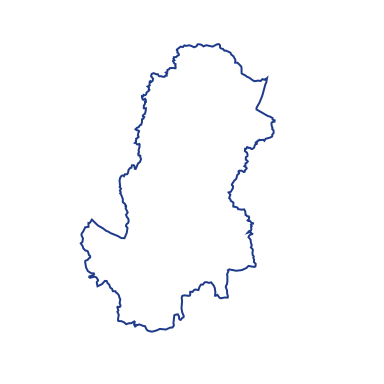 Iakora, Ihorombe, Madagascar, rotated 202°
{"feature_id": "10022922B30377745880071", "entity_name": "Iakora", "entity_type": "district", "adm_level": 2, "iso_a3": "MDG", "parent_name": "Madagascar", "parent_adm1": "Ihorombe", "projection": "orthographic", "projection_center": [46.657, -23.157], "detail": "fine", "context": "isolated", "style": "outline", "palette": "blue", "viewbox_px": 384, "rotation_deg": 202, "n_neighbors": 0, "source": "geoboundaries", "source_scale": "gbopen_adm2", "svg_char_len": 6063}
<svg xmlns="http://www.w3.org/2000/svg" viewBox="0 0 384 384"><g transform="rotate(202 192 192)"><path d="M111.9,144.6L106.0,145.9L105.3,146.9L106.0,149.2L108.4,150.3L109.2,152.7L110.5,153.9L110.6,155.4L112.2,156.4L113.2,158.3L113.8,161.0L114.9,162.0L116.6,162.6L116.6,165.0L118.3,166.9L119.9,169.8L122.7,171.3L122.7,172.7L121.6,175.1L120.7,175.1L120.4,175.7L123.2,176.7L125.1,175.1L124.5,177.0L123.0,178.2L123.0,179.8L124.2,181.8L123.8,182.6L125.1,183.7L124.7,184.8L123.6,185.5L123.7,185.9L125.1,185.6L127.5,186.9L128.9,186.2L129.8,186.5L129.1,188.1L129.5,189.9L130.2,190.6L131.9,190.2L133.1,190.9L133.7,190.8L135.4,194.0L137.1,195.4L139.4,194.2L142.8,193.4L143.9,194.5L144.6,194.6L148.3,194.0L149.5,197.4L150.1,197.9L152.7,198.3L153.7,199.6L155.3,200.3L155.4,203.8L157.9,205.3L156.1,206.7L155.5,210.8L156.2,212.9L157.4,213.2L157.9,214.0L157.1,218.3L155.9,220.9L156.4,224.7L155.3,226.9L155.6,227.6L156.5,228.1L156.6,228.8L155.8,229.7L153.8,230.3L151.4,229.9L150.8,230.5L151.0,231.9L150.1,234.3L150.8,235.1L153.1,235.6L152.5,236.7L153.1,238.7L152.2,239.5L151.7,241.2L152.5,241.8L154.2,242.1L155.1,244.4L154.1,246.0L154.3,247.1L155.8,249.1L158.2,249.7L159.0,252.0L157.8,252.5L157.8,254.1L157.4,254.4L156.0,254.1L154.7,254.7L153.0,254.1L152.0,254.7L151.0,256.6L151.3,258.3L151.1,260.0L150.0,260.7L150.2,261.5L151.3,261.7L150.9,263.0L150.1,263.5L150.0,264.5L149.2,264.9L149.0,265.7L147.9,265.8L145.5,267.1L144.1,266.6L143.7,268.9L140.2,271.5L138.6,273.3L138.5,274.0L139.1,275.3L138.4,277.3L139.5,279.7L141.2,280.4L141.3,281.4L142.9,283.2L143.9,285.1L144.1,286.2L143.7,287.0L141.9,288.1L142.2,289.4L143.7,289.2L144.7,289.8L144.9,290.7L147.5,291.1L150.3,290.9L163.1,292.7L163.7,294.2L162.9,300.4L162.9,307.5L164.3,319.3L164.2,321.3L165.1,325.7L165.5,324.8L166.3,324.3L166.6,323.3L169.0,323.0L169.9,320.7L172.5,320.0L175.4,318.2L177.5,318.3L181.5,319.4L184.4,319.5L186.8,320.2L189.6,320.3L190.5,320.7L192.7,325.9L193.5,326.9L198.2,328.9L200.5,328.1L201.3,330.8L204.5,333.4L207.2,334.2L208.6,335.6L213.5,335.8L214.9,335.2L216.8,336.2L219.3,336.0L220.2,336.7L221.1,338.6L222.5,339.2L224.1,338.3L227.4,334.5L233.6,333.5L236.0,331.3L237.0,331.8L239.2,332.0L241.5,331.4L242.2,330.8L242.4,328.8L244.3,327.0L247.7,327.2L249.7,326.9L252.3,325.2L254.0,325.1L254.7,323.0L257.0,322.5L259.4,318.4L259.2,317.8L258.3,317.3L257.8,315.8L256.5,315.5L255.6,314.5L255.5,313.9L256.5,312.9L257.2,311.2L259.3,310.2L259.0,309.4L259.2,308.7L257.7,307.6L258.7,306.7L258.6,306.2L256.4,304.5L255.1,304.4L254.8,302.7L254.0,302.0L253.7,300.5L256.7,299.7L259.0,298.5L259.2,297.3L260.5,296.0L259.9,294.2L261.0,293.0L259.4,292.4L259.7,291.4L259.1,290.4L260.4,289.8L260.6,288.5L262.1,287.9L264.2,287.8L265.4,287.1L266.5,287.3L267.8,288.4L269.5,287.7L271.5,287.9L272.5,287.5L273.6,286.3L273.4,284.1L270.6,282.5L270.1,280.6L271.1,278.6L272.1,279.2L272.6,278.6L271.7,275.7L271.1,275.0L272.7,273.2L271.0,272.6L270.5,270.9L269.8,270.8L269.7,270.4L271.4,267.1L271.1,265.4L271.6,264.4L272.2,263.9L273.3,263.9L273.3,262.4L274.3,262.2L273.9,261.1L272.3,259.3L271.5,259.3L270.4,260.8L269.2,259.9L268.6,258.5L269.3,258.5L269.4,258.1L268.6,256.1L269.0,253.9L268.0,251.6L266.1,252.4L265.3,249.7L264.9,246.9L265.8,245.7L266.2,244.2L265.6,243.6L264.4,243.6L264.6,241.7L265.6,240.7L264.6,238.2L264.3,235.4L265.4,234.2L265.6,232.5L267.2,230.7L267.9,229.0L266.3,228.6L264.6,229.0L263.8,228.5L263.9,226.4L263.3,223.9L262.4,223.5L262.1,222.8L263.8,220.4L263.2,219.6L263.3,218.6L262.8,217.7L263.3,216.1L262.0,216.3L260.9,215.6L259.8,215.9L259.0,216.8L258.4,216.5L257.5,214.0L257.2,210.7L256.1,209.2L256.2,207.2L255.7,207.1L255.3,205.9L253.6,206.3L252.9,204.8L251.6,203.5L251.5,200.3L252.7,198.4L252.9,192.3L253.7,192.1L255.2,194.5L256.2,195.0L257.7,194.2L257.3,191.8L258.4,191.0L259.1,188.8L258.5,185.7L258.8,184.2L260.8,183.3L261.0,181.2L262.1,181.6L263.4,180.5L263.9,178.7L263.6,175.8L260.7,170.2L260.9,169.5L259.0,168.4L259.4,166.3L258.0,165.2L258.1,163.8L257.0,163.3L253.6,159.7L252.3,156.7L249.6,155.8L249.2,155.1L248.1,154.7L247.8,154.2L248.1,153.7L247.5,153.3L247.5,152.1L244.0,149.0L244.6,146.1L243.0,144.4L241.5,143.7L240.4,142.5L239.6,140.3L239.7,139.3L240.5,138.0L240.7,136.5L240.5,135.7L238.4,134.6L238.1,133.5L237.2,129.6L237.3,123.9L240.0,122.9L241.1,122.9L244.2,123.4L252.1,123.4L254.7,123.9L256.9,123.8L261.1,125.0L266.7,125.7L274.5,128.9L275.0,125.6L275.6,124.7L276.4,124.5L274.9,120.9L277.8,119.3L278.0,115.3L278.7,112.0L278.3,110.5L275.7,108.1L274.9,104.6L275.9,102.7L273.3,101.0L271.6,99.0L268.9,97.8L267.2,98.1L266.2,97.8L263.8,94.9L262.8,94.7L262.0,93.7L261.9,93.1L262.8,91.8L263.3,90.0L265.1,88.3L264.8,86.9L261.8,82.2L258.8,79.6L254.7,78.9L252.6,79.8L252.0,79.2L252.6,77.4L255.5,75.4L255.4,74.5L254.3,74.3L250.7,77.0L248.7,77.0L246.1,75.2L245.9,74.6L246.5,73.1L246.4,72.4L244.3,69.2L240.9,72.9L239.5,76.9L237.8,77.5L236.3,76.0L234.1,75.1L231.9,72.7L229.8,72.3L228.3,70.4L225.8,71.3L224.8,70.3L223.3,70.1L221.1,68.8L220.0,67.2L218.3,65.6L217.5,61.9L215.8,60.0L215.6,59.2L216.0,58.2L217.9,57.8L218.1,57.2L215.9,54.6L216.3,53.0L213.9,50.7L213.1,46.9L212.4,45.1L211.8,44.8L209.0,45.8L206.0,45.7L203.5,44.8L201.4,46.6L199.1,47.7L197.0,50.4L196.5,50.2L196.0,47.3L194.3,46.0L193.9,46.4L194.0,47.9L192.6,48.2L191.9,49.1L191.1,49.5L186.6,49.6L185.3,50.0L182.8,47.7L181.2,46.9L177.5,47.3L175.9,48.1L173.1,50.3L170.5,53.0L164.7,54.7L161.4,58.1L159.4,59.0L158.8,61.4L160.1,63.5L162.2,70.9L161.8,71.7L159.3,73.3L157.4,71.7L156.3,69.5L155.0,69.0L154.5,69.3L154.0,71.2L152.9,72.9L153.4,74.2L155.9,76.6L158.2,80.3L160.3,87.1L162.0,90.2L162.1,92.1L160.4,93.3L156.1,94.5L155.2,95.2L155.3,96.6L156.3,98.4L156.2,98.9L154.0,99.6L153.6,101.4L152.5,102.8L149.3,103.5L149.5,107.2L148.9,109.6L147.2,110.2L146.6,112.7L145.1,113.8L142.1,114.1L140.5,115.4L136.7,113.3L134.9,111.5L132.7,107.7L131.8,104.5L131.1,104.7L129.9,106.1L126.9,104.3L125.6,104.2L122.0,106.5L119.4,107.4L119.6,108.7L121.6,111.4L122.6,113.8L125.1,116.5L125.3,118.3L125.0,119.1L125.6,122.0L127.7,127.3L128.6,128.6L128.6,132.3L129.4,132.9L128.5,134.2L121.6,135.5L116.5,138.3L113.1,141.9L111.9,144.6Z" fill="none" stroke="#1e3a8a" stroke-width="2"/></g></svg>